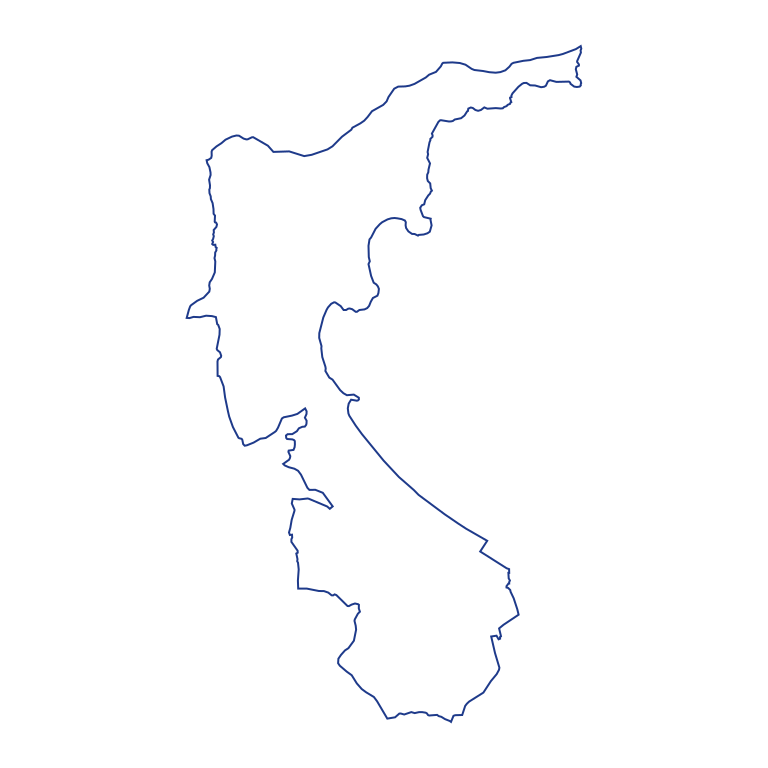 the district of Lien Chieu, Đà Nẵng, Vietnam
{"feature_id": "81297802B84719552891507", "entity_name": "Lien Chieu", "entity_type": "district", "adm_level": 2, "iso_a3": "VNM", "parent_name": "Vietnam", "parent_adm1": "Đà Nẵng", "projection": "albers", "projection_center": [108.134, 16.122], "detail": "fine", "context": "isolated", "style": "outline", "palette": "blue", "viewbox_px": 768, "rotation_deg": 0, "n_neighbors": 0, "source": "geoboundaries", "source_scale": "gbopen_adm2", "svg_char_len": 6043}
<svg xmlns="http://www.w3.org/2000/svg" viewBox="0 0 768 768"><path d="M518.6,614.7L517.3,609.3L513.7,598.3L510.6,591.8L510.2,590.0L508.1,587.9L506.5,587.5L506.5,586.2L508.5,583.5L509.2,583.5L509.2,582.1L509.9,580.5L508.7,578.4L508.4,572.9L509.2,572.9L509.1,569.1L506.7,568.3L480.2,551.5L487.2,540.8L466.1,528.7L458.0,523.4L444.7,514.3L418.6,494.9L413.8,490.0L399.0,477.1L383.6,460.6L362.0,434.2L355.7,425.6L349.3,415.7L348.4,413.4L347.8,408.3L348.7,403.6L351.1,399.7L356.9,400.7L358.0,400.4L358.9,399.5L358.8,397.7L353.8,394.6L346.9,395.2L343.4,393.2L340.1,390.1L332.5,379.6L329.3,377.6L325.4,371.0L325.7,368.5L325.4,366.7L322.3,357.1L321.3,348.4L321.5,346.1L319.2,337.9L319.3,333.1L323.3,317.5L326.6,309.8L328.0,307.4L331.2,303.8L334.1,302.3L335.4,302.5L340.7,306.1L343.6,310.0L346.1,310.0L348.2,308.7L349.7,308.5L352.2,309.2L355.7,311.8L356.9,311.8L359.4,310.0L364.5,309.4L367.2,308.1L369.1,305.9L370.8,301.7L372.9,298.0L377.4,295.7L378.4,293.1L378.9,288.9L377.9,286.4L376.3,284.4L373.7,282.7L371.1,275.9L368.5,264.1L369.8,261.3L368.8,257.1L368.5,245.8L369.5,239.4L371.1,237.5L375.6,228.8L379.8,224.2L382.2,222.2L387.5,219.4L391.2,218.3L394.5,218.0L397.2,218.3L401.6,219.1L404.9,220.5L405.8,222.2L405.6,225.3L406.1,228.0L408.4,231.4L412.0,233.9L414.6,234.0L418.0,235.6L418.8,234.9L423.7,234.5L427.4,233.3L429.8,231.7L431.6,225.4L430.5,219.8L430.7,218.7L424.0,217.1L423.0,216.2L420.6,209.9L420.2,207.8L421.8,205.3L424.2,204.3L425.2,200.2L428.3,195.4L430.0,193.7L430.9,191.5L431.9,190.7L430.7,188.2L430.2,183.4L427.8,181.0L427.1,178.2L427.2,174.7L428.3,172.3L428.5,169.6L430.0,163.4L427.2,157.9L428.1,154.2L427.6,152.0L429.5,142.3L430.4,140.2L430.3,139.0L432.5,136.8L432.6,135.3L431.9,133.6L438.4,121.9L440.1,120.3L441.0,120.2L449.0,121.5L451.0,121.4L452.8,121.0L454.8,119.5L461.1,118.2L464.5,115.5L467.2,111.3L467.9,111.0L468.3,108.6L470.8,107.5L472.8,108.0L475.4,110.0L478.1,110.8L480.9,110.0L484.3,107.4L487.4,108.7L495.8,108.1L500.7,108.5L502.8,108.3L504.0,107.1L506.6,106.1L507.6,104.9L510.1,103.8L510.5,102.5L511.3,102.1L510.0,98.1L510.1,97.6L511.5,97.1L511.4,95.6L512.5,93.4L518.4,86.8L522.1,83.8L523.8,83.0L526.5,82.9L530.2,85.3L535.1,85.5L541.1,87.2L542.5,87.0L544.3,86.7L545.9,85.7L547.9,81.4L550.0,80.2L556.4,81.9L568.9,81.6L570.1,82.5L570.5,83.8L574.2,86.6L576.9,87.0L579.7,86.6L580.8,85.4L580.7,84.2L581.2,83.1L580.5,80.4L576.4,76.8L577.2,74.5L575.8,69.2L576.4,66.8L578.9,65.6L578.9,64.4L577.1,61.9L577.2,61.0L580.9,52.6L580.6,50.4L581.3,48.7L580.7,46.1L575.9,49.1L562.8,54.0L558.6,55.1L546.6,57.0L537.0,57.9L530.1,60.1L523.4,60.8L513.5,62.8L511.6,63.8L509.4,66.7L505.4,70.3L500.4,72.1L495.7,72.7L489.3,72.2L483.0,71.0L474.4,70.0L471.7,68.9L465.5,64.7L459.8,63.0L452.4,62.4L443.2,62.8L442.3,63.5L440.8,66.4L436.0,71.9L429.1,74.7L425.8,77.5L414.5,83.9L409.5,85.7L405.2,86.4L398.2,86.6L394.2,88.7L388.5,97.0L386.6,101.4L383.2,104.9L372.0,111.2L367.6,117.0L364.2,120.7L360.3,123.4L352.4,127.7L351.3,129.7L342.0,136.7L332.5,146.3L327.5,149.4L311.7,154.8L304.2,156.1L289.2,151.4L273.4,151.9L267.9,145.7L253.2,137.2L251.9,137.3L247.7,139.3L246.3,139.4L243.6,138.6L239.0,135.7L236.4,135.5L232.0,136.6L225.5,139.7L221.4,143.2L216.5,146.4L212.1,150.2L211.6,151.7L211.7,155.7L211.2,157.9L208.6,159.7L206.6,160.2L207.3,163.3L209.4,167.1L210.5,172.4L210.6,175.0L209.1,179.7L210.0,185.3L209.9,188.2L209.3,189.6L209.5,193.2L210.7,196.3L210.9,199.1L212.6,203.1L213.5,209.1L213.6,213.8L215.0,215.6L214.7,221.7L215.0,222.3L216.1,222.6L217.0,224.4L216.4,226.9L213.7,230.0L213.9,232.5L213.2,234.4L213.8,236.1L213.1,239.0L212.2,240.5L213.1,242.0L212.2,244.0L213.2,244.9L215.3,244.7L215.6,247.0L216.7,247.9L216.3,249.0L216.4,250.4L215.2,252.5L215.1,255.5L214.5,258.1L215.3,261.4L214.8,272.4L212.0,278.9L209.7,282.3L209.2,285.5L209.8,288.8L209.3,291.6L203.6,297.7L197.2,300.8L191.1,305.2L190.2,306.3L188.9,309.8L186.7,317.9L189.4,318.1L193.5,316.9L200.0,317.2L206.1,315.7L212.0,316.1L215.9,317.1L217.2,324.1L218.2,324.9L219.7,329.0L219.5,334.8L216.7,348.8L217.3,350.1L220.0,352.3L221.2,355.8L220.9,357.1L218.0,359.5L217.5,361.4L217.6,375.9L219.3,376.2L220.1,377.2L223.6,386.4L225.1,397.5L228.0,411.5L229.2,416.6L232.9,427.0L238.4,437.7L239.1,438.2L241.6,438.8L242.3,439.8L243.2,444.1L244.7,445.7L246.9,445.3L253.6,442.6L260.3,438.7L265.7,438.0L274.8,432.0L276.1,430.9L278.0,427.7L281.9,418.5L283.7,417.3L292.0,415.6L297.4,413.9L305.1,408.4L306.6,411.3L306.5,414.0L304.9,417.7L306.6,420.7L306.5,423.4L306.2,424.8L304.8,426.6L302.3,426.8L298.9,428.3L296.9,431.2L292.3,434.1L287.6,434.2L286.0,435.5L286.2,437.9L287.1,439.0L292.5,439.4L294.2,440.2L294.8,441.1L294.9,444.5L294.6,447.2L293.5,449.9L288.7,450.6L288.4,451.9L290.3,456.1L290.0,457.9L289.1,459.7L283.2,463.9L284.7,465.4L288.7,467.2L294.4,468.7L298.1,470.8L301.0,474.7L307.4,487.8L309.4,489.9L315.3,489.8L322.8,492.8L332.7,506.4L329.8,508.8L327.2,506.5L308.9,498.8L307.6,498.5L299.5,499.4L292.7,498.9L291.8,503.5L294.5,509.6L294.5,510.7L291.7,519.8L290.3,527.9L289.0,532.5L289.9,535.0L292.0,534.7L292.2,537.5L291.4,539.2L291.4,541.9L297.6,550.7L297.7,552.7L296.3,553.5L297.5,559.2L297.2,561.2L298.0,562.7L298.7,569.4L297.9,580.6L298.2,588.6L306.8,588.6L318.9,591.0L324.0,591.1L328.3,592.6L331.6,595.3L333.1,595.4L334.6,594.4L336.4,595.1L347.5,606.0L348.9,606.1L351.6,604.6L355.0,603.5L358.1,604.2L358.9,604.8L358.8,608.4L359.9,611.7L357.9,613.7L354.8,619.4L354.5,620.9L355.7,625.7L356.1,629.7L353.9,640.7L348.4,648.2L345.0,650.4L341.0,654.9L338.4,658.7L338.1,663.2L339.8,665.7L346.7,671.6L351.7,675.2L356.8,683.4L361.7,689.0L366.0,692.2L373.9,697.0L377.1,701.3L387.3,718.6L395.1,717.3L399.3,713.6L400.7,713.5L404.2,714.5L411.3,712.1L414.7,713.1L419.2,712.1L422.0,712.1L425.7,712.7L426.8,713.3L428.1,715.1L429.2,715.5L437.1,714.9L438.7,716.1L441.3,716.8L445.0,719.1L449.8,721.0L451.0,721.9L453.5,715.8L455.2,715.2L462.2,715.0L465.2,705.9L466.9,703.7L469.1,701.6L483.4,692.6L490.9,681.1L496.7,674.1L499.0,669.8L499.4,667.7L495.0,653.0L491.2,636.5L496.5,635.7L498.6,639.3L500.1,638.7L500.0,637.1L501.0,636.3L499.1,628.4L503.5,624.8L518.6,614.7Z" fill="none" stroke="#1e3a8a" stroke-width="2"/></svg>